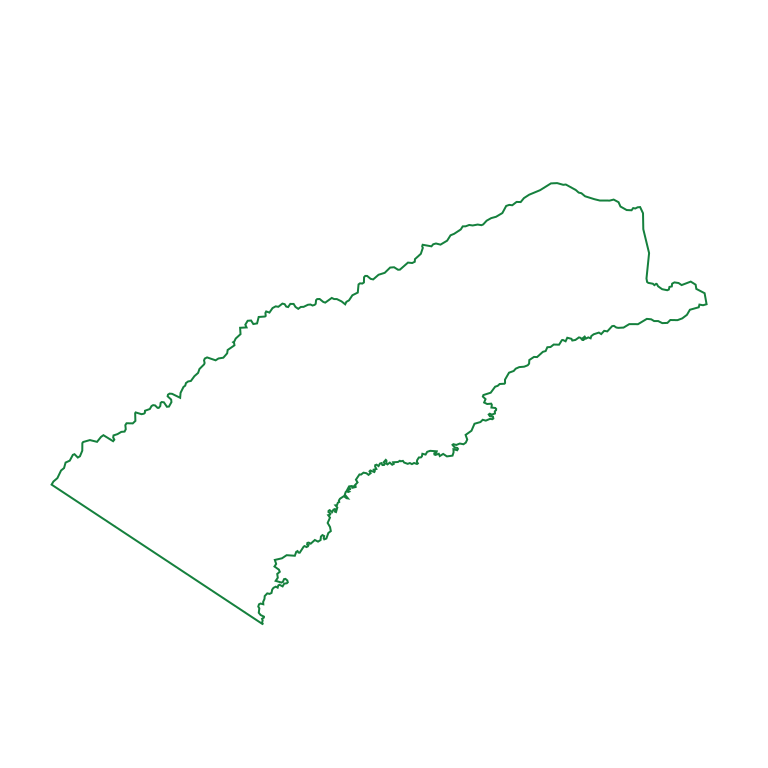 the district of Castilla La Nueva, Meta, Colombia, rotated 135°
{"feature_id": "7082276B35606962606401", "entity_name": "Castilla La Nueva", "entity_type": "district", "adm_level": 2, "iso_a3": "COL", "parent_name": "Colombia", "parent_adm1": "Meta", "projection": "orthographic", "projection_center": [-73.54, 3.813], "detail": "fine", "context": "isolated", "style": "outline", "palette": "green", "viewbox_px": 768, "rotation_deg": 135, "n_neighbors": 0, "source": "geoboundaries", "source_scale": "gbopen_adm2", "svg_char_len": 6148}
<svg xmlns="http://www.w3.org/2000/svg" viewBox="0 0 768 768"><g transform="rotate(135 384 384)"><path d="M99.5,212.3L93.1,221.5L95.9,230.4L93.4,233.9L94.7,239.5L103.6,243.5L104.3,247.1L106.8,250.5L109.3,251.2L111.5,249.5L113.5,250.8L115.8,249.4L117.4,250.0L120.3,254.4L121.1,259.3L120.4,261.7L120.7,262.4L122.9,262.7L123.0,264.8L125.6,268.6L125.8,270.1L123.8,273.0L104.0,289.1L91.2,310.1L80.1,321.6L77.8,328.0L79.7,329.6L82.2,330.4L83.4,332.2L86.1,331.8L89.4,335.4L91.3,342.3L89.6,346.7L91.2,352.0L94.7,354.1L101.7,361.2L104.6,366.0L109.1,374.6L109.5,379.3L111.0,381.7L111.2,385.5L114.4,396.5L116.4,398.1L119.5,403.6L124.1,407.8L136.6,410.7L147.5,415.2L153.6,416.5L158.7,416.0L161.5,419.0L166.9,419.7L168.8,422.1L171.7,423.5L179.4,421.2L186.5,423.0L190.9,425.5L195.9,426.9L201.1,426.7L202.8,427.4L205.0,430.5L209.2,433.4L211.3,436.2L214.8,437.8L216.9,439.8L220.4,439.0L228.2,440.6L231.8,442.1L238.0,440.7L245.5,442.6L247.9,446.6L250.4,448.0L253.1,447.8L258.2,455.1L259.6,454.4L260.3,452.8L265.9,450.0L273.8,450.4L275.8,448.7L278.5,449.6L281.2,452.9L291.9,453.6L293.3,454.9L294.3,459.4L297.3,462.0L304.9,462.1L310.6,465.1L317.7,465.6L319.1,467.8L319.5,472.3L320.9,473.7L322.6,473.6L326.4,470.0L328.2,470.3L329.9,472.2L331.6,472.4L337.9,467.2L343.6,469.1L349.6,467.9L352.5,468.7L355.1,467.8L355.6,472.4L357.3,477.4L359.2,479.3L360.1,481.8L368.0,483.1L368.9,484.9L369.4,489.6L371.2,491.3L372.8,491.3L375.6,489.0L377.1,489.0L379.0,490.0L379.8,492.2L381.7,493.8L386.3,495.4L388.3,497.3L391.5,497.8L392.1,501.1L391.3,504.5L393.6,506.9L397.4,506.2L398.4,507.9L397.8,510.7L399.0,512.7L404.1,513.3L405.7,515.5L409.1,516.5L414.5,515.5L416.0,518.6L417.6,518.1L419.5,515.8L420.5,515.9L425.2,520.0L430.9,516.6L434.0,518.8L433.1,522.9L435.7,525.1L440.1,524.0L441.2,521.2L446.0,525.5L450.2,520.7L456.7,521.0L459.9,519.9L461.1,520.2L461.0,519.0L462.4,517.1L470.5,518.6L473.2,516.6L479.0,516.2L483.0,519.1L486.3,519.8L490.3,527.9L492.7,528.7L494.5,528.0L496.0,525.7L497.3,525.1L503.9,525.1L507.6,523.3L512.5,523.6L518.4,522.7L520.7,524.3L523.4,524.7L525.7,523.4L527.9,523.7L534.1,521.6L537.9,518.4L540.8,526.9L542.4,528.8L544.3,529.2L545.7,528.3L545.5,523.5L547.1,521.5L552.0,520.1L553.6,521.4L552.6,526.7L553.9,528.4L555.3,528.6L557.8,526.6L560.2,526.4L561.0,527.3L561.0,530.7L562.2,532.3L563.9,532.8L567.3,531.9L571.9,534.1L573.5,532.7L574.8,532.8L576.8,534.1L579.7,539.5L580.6,539.3L585.9,533.7L589.5,533.8L593.8,538.3L596.0,537.8L598.6,534.6L601.1,533.8L603.6,535.9L607.9,537.0L611.6,538.9L613.3,537.7L614.1,535.3L616.0,535.1L618.6,546.2L621.5,546.7L627.8,546.0L631.6,552.3L637.7,555.7L639.1,555.5L644.5,550.2L650.1,547.9L652.5,548.5L652.5,553.2L654.1,553.9L660.4,552.0L664.7,553.6L669.7,550.8L673.5,551.2L681.5,548.4L686.7,548.8L690.2,547.9L639.5,299.5L639.0,301.4L636.9,302.7L636.3,304.2L634.1,303.8L633.4,304.4L634.6,307.9L634.3,310.8L630.8,313.5L630.3,315.5L628.2,316.6L626.6,316.1L625.1,313.6L623.5,315.4L620.4,316.6L618.3,318.4L614.6,318.5L613.3,316.5L611.3,315.8L608.4,317.7L606.2,318.0L603.8,317.2L603.2,315.2L601.2,316.3L599.9,316.0L598.8,312.6L595.7,313.4L593.6,311.8L592.2,311.8L591.3,313.5L591.5,315.9L592.7,316.7L595.3,315.6L596.9,316.1L599.8,321.4L596.1,322.1L593.8,325.2L590.5,324.9L589.6,327.0L590.5,332.4L587.5,333.0L585.6,336.8L579.4,332.9L573.9,331.8L568.5,325.6L564.7,327.4L563.3,327.0L563.7,325.3L562.9,324.3L555.8,325.8L554.8,325.6L554.1,323.5L552.6,323.0L551.2,323.5L551.8,324.9L550.5,325.8L549.4,325.1L548.7,322.9L543.2,322.6L542.1,319.2L539.2,318.5L536.5,320.7L534.4,320.7L533.8,318.8L535.7,317.6L536.1,316.4L534.0,315.5L528.7,318.0L525.6,317.6L523.3,321.0L522.1,325.6L516.7,327.7L516.2,330.7L514.7,329.8L513.6,330.1L513.8,332.8L512.8,333.5L511.6,333.2L511.3,330.1L508.6,330.9L507.1,330.3L507.2,329.4L508.9,328.4L508.5,327.4L504.3,329.7L504.1,332.5L502.9,331.6L500.6,332.7L499.1,332.2L498.3,333.5L496.3,334.0L491.7,333.1L491.2,329.7L490.4,328.6L489.9,333.5L487.5,334.7L486.4,334.7L485.6,332.9L484.6,332.5L485.0,335.1L484.2,335.2L482.4,333.7L481.9,334.4L483.1,335.7L481.1,336.3L478.9,334.6L479.8,333.0L476.9,331.2L476.4,331.8L477.2,333.0L472.3,333.1L471.5,336.2L465.3,337.4L464.3,336.2L461.2,335.8L459.5,333.3L459.2,330.7L456.5,330.4L456.0,332.5L454.8,332.5L453.1,328.6L452.0,329.0L451.7,330.6L449.5,329.3L448.6,332.0L447.6,332.8L446.3,332.2L445.9,329.8L443.1,330.6L441.8,329.9L442.4,327.8L441.2,326.7L439.9,327.0L439.6,328.9L436.4,329.1L436.4,328.2L438.6,326.0L438.4,324.7L435.5,324.3L435.3,321.1L433.6,320.6L432.9,322.2L429.3,319.0L427.1,318.5L426.8,317.5L425.0,316.3L425.3,314.2L423.7,310.8L421.6,309.8L420.9,307.6L418.6,306.9L417.2,304.1L416.2,303.9L415.7,305.8L414.4,306.7L411.3,307.4L409.8,306.0L408.4,306.0L406.2,307.5L404.5,304.7L401.4,305.5L398.6,304.1L394.3,299.1L395.3,298.6L397.5,299.4L398.2,298.5L397.8,297.5L394.6,295.9L395.5,293.6L391.6,292.7L390.7,288.3L386.2,284.9L383.1,286.5L381.0,288.8L379.1,285.4L377.6,285.8L377.4,286.9L378.9,289.3L378.6,292.5L377.5,292.4L376.0,289.8L372.5,288.3L370.4,285.2L367.6,284.7L364.4,285.9L362.3,290.3L355.2,289.1L348.1,291.9L342.7,288.9L339.5,288.9L337.9,286.1L333.7,284.4L332.3,282.5L331.1,282.3L330.1,283.8L331.9,286.4L331.5,288.4L330.2,288.2L329.4,286.1L326.4,284.7L325.0,286.3L323.2,286.3L322.3,287.1L322.3,288.4L324.7,291.4L322.5,293.0L322.1,294.3L325.2,296.9L326.3,300.1L322.9,301.5L323.0,305.2L321.5,305.9L314.7,302.4L307.3,303.5L304.9,302.3L302.2,302.2L298.6,299.0L297.7,299.1L295.4,301.5L287.6,303.6L283.1,301.5L280.0,301.7L276.4,300.3L272.6,297.1L269.1,295.6L267.0,295.8L264.3,298.2L258.8,297.1L256.7,294.8L248.9,294.4L246.4,293.0L242.5,294.5L240.1,292.4L236.1,291.9L232.4,288.0L227.2,289.2L226.4,288.7L225.4,285.8L221.7,287.1L219.5,283.4L220.1,281.6L217.5,279.8L213.2,279.1L212.4,277.7L212.6,274.9L211.9,274.1L211.0,274.1L210.6,275.8L208.6,275.6L209.1,273.3L206.6,272.5L205.6,270.2L203.5,271.3L200.6,270.9L195.7,268.4L195.1,265.7L190.7,265.9L188.9,263.3L181.8,263.6L180.3,262.5L179.8,259.7L178.7,258.1L174.7,254.5L168.2,252.9L162.1,246.7L152.1,244.2L149.3,240.8L148.5,237.5L145.6,234.6L144.2,230.3L140.4,226.8L136.3,226.8L131.3,221.6L126.7,219.5L120.9,218.7L115.2,220.2L107.2,215.7L104.8,217.1L102.7,214.1L99.5,212.3Z" fill="none" stroke="#15803d" stroke-width="2"/></g></svg>